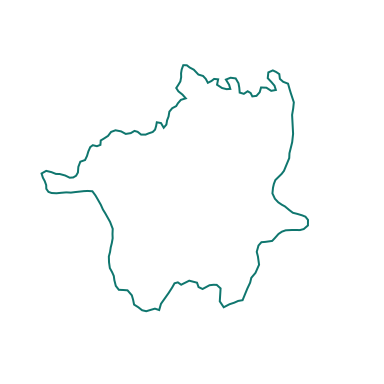 the district of Araporã, Minas Gerais, Brazil, rotated 156°
{"feature_id": "56859067B27998656186706", "entity_name": "Araporã", "entity_type": "district", "adm_level": 2, "iso_a3": "BRA", "parent_name": "Brazil", "parent_adm1": "Minas Gerais", "projection": "natural_earth1", "projection_center": [-49.124, -18.476], "detail": "fine", "context": "isolated", "style": "outline", "palette": "teal", "viewbox_px": 384, "rotation_deg": 156, "n_neighbors": 0, "source": "geoboundaries", "source_scale": "gbopen_adm2", "svg_char_len": 2636}
<svg xmlns="http://www.w3.org/2000/svg" viewBox="0 0 384 384"><g transform="rotate(156 192 192)"><path d="M270.0,97.5L265.8,102.5L254.5,109.2L249.0,112.8L245.1,115.7L241.7,115.2L239.6,111.7L230.6,112.1L224.3,107.1L224.7,102.5L221.8,99.1L213.9,99.7L210.1,98.5L207.2,97.1L205.1,92.3L211.1,80.8L209.9,73.8L203.3,74.2L198.5,73.7L194.1,73.7L189.8,72.6L180.8,81.2L175.8,85.5L172.7,89.5L166.9,92.3L160.3,98.3L158.0,106.3L157.2,111.0L153.0,116.1L149.0,117.9L145.3,116.6L138.7,114.7L135.3,116.1L130.0,118.5L126.0,119.2L122.0,118.9L115.8,116.5L108.8,113.3L105.0,112.7L99.7,114.3L97.4,119.3L98.4,123.3L100.8,125.8L104.5,129.0L108.3,132.0L110.5,136.0L113.0,141.1L115.1,143.8L117.4,147.5L119.0,152.1L119.1,158.0L116.3,162.9L113.9,166.1L111.0,169.0L102.7,172.1L99.4,173.9L89.4,183.4L87.2,187.8L83.6,192.4L80.2,196.8L76.0,204.0L69.2,221.7L65.5,227.3L62.5,232.5L61.5,242.4L61.0,246.4L60.2,251.9L63.9,255.6L65.7,259.6L64.3,264.2L66.3,267.4L68.7,270.2L73.6,270.2L76.5,265.2L74.7,260.0L73.4,255.6L73.9,251.1L78.5,252.2L81.6,257.0L86.4,259.4L89.6,255.6L94.0,253.6L98.0,254.8L98.2,258.6L100.2,261.4L104.7,260.6L108.0,263.4L106.4,268.0L105.3,272.4L105.9,278.0L110.3,280.7L115.3,280.9L114.5,274.8L115.1,270.6L118.6,271.9L122.3,274.8L125.5,279.8L122.3,284.3L125.8,286.3L129.0,285.5L133.1,285.3L133.4,289.7L134.7,293.5L138.4,296.7L140.6,303.0L143.5,306.7L145.2,309.9L148.4,311.4L151.6,308.1L153.7,304.9L155.2,301.3L157.7,297.7L160.7,295.6L164.1,293.4L163.5,289.5L161.1,284.9L159.6,280.1L164.7,280.7L168.8,278.8L171.5,276.9L176.0,276.6L180.0,274.6L182.7,270.5L185.6,267.6L188.0,264.0L191.7,262.2L192.3,267.6L195.8,270.0L198.0,266.8L200.4,264.0L203.5,262.8L207.7,263.2L211.1,263.3L215.2,265.2L217.2,269.1L219.7,271.2L224.0,270.7L228.9,272.0L232.1,276.2L236.8,279.5L241.5,279.8L245.9,277.4L251.0,276.6L254.4,276.2L256.5,272.3L260.2,272.5L263.6,275.1L266.7,274.4L270.2,271.2L273.3,267.6L276.7,264.7L281.7,265.1L285.6,261.2L288.3,256.2L291.3,254.0L294.6,253.6L297.9,254.8L301.2,258.7L305.6,262.3L308.9,263.8L312.3,267.3L316.6,270.6L321.9,270.1L322.4,265.8L322.1,261.9L322.4,257.6L323.8,254.2L323.1,250.5L320.7,248.2L316.4,246.0L311.3,244.3L307.0,242.8L302.9,240.7L298.9,239.5L294.9,238.2L290.5,236.8L286.9,235.4L282.7,233.2L281.6,228.1L281.1,223.5L280.5,217.4L280.5,212.2L279.9,207.8L279.5,203.4L279.0,198.0L279.4,190.6L281.7,186.0L283.3,182.0L286.0,178.0L288.8,174.4L291.3,170.5L294.2,166.9L296.4,161.5L298.0,155.9L297.6,151.2L297.6,147.1L298.8,143.0L299.8,137.2L298.6,132.4L294.6,130.4L290.9,128.4L289.0,122.1L289.6,117.7L290.7,112.7L287.9,108.5L285.7,104.3L282.3,101.7L277.6,101.1L273.3,100.5L270.0,97.5Z" fill="none" stroke="#0f766e" stroke-width="2"/></g></svg>